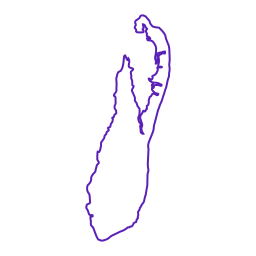 Aniwa, Vanuatu (Mercator projection)
{"feature_id": "77236927B97444346691075", "entity_name": "Aniwa", "entity_type": "district", "adm_level": 2, "iso_a3": "VUT", "parent_name": "Vanuatu", "parent_adm1": "", "projection": "mercator", "projection_center": [169.604, -19.244], "detail": "fine", "context": "isolated", "style": "outline", "palette": "violet", "viewbox_px": 256, "rotation_deg": 0, "n_neighbors": 0, "source": "geoboundaries", "source_scale": "gbopen_adm2", "svg_char_len": 4810}
<svg xmlns="http://www.w3.org/2000/svg" viewBox="0 0 256 256"><path d="M139.5,108.7L137.8,106.4L137.4,105.8L136.6,103.1L134.9,100.8L134.9,97.6L133.3,93.8L132.0,91.0L131.9,90.3L132.0,89.7L133.2,87.5L133.6,86.1L132.5,85.3L132.3,84.5L132.2,80.9L132.0,80.1L131.2,78.3L131.3,75.7L130.8,72.9L131.0,71.6L132.9,69.8L133.1,68.9L132.8,68.6L129.7,67.5L129.2,67.1L128.8,66.3L128.7,65.9L129.3,61.4L129.1,59.8L128.2,58.2L128.1,58.3L128.1,59.1L127.8,59.8L127.6,60.0L127.2,59.8L126.7,59.0L125.3,55.7L125.0,55.4L124.5,55.7L124.1,56.4L123.3,63.8L122.4,67.7L121.0,70.5L120.4,71.0L118.7,71.9L118.1,72.4L117.5,73.7L116.3,78.4L116.6,84.9L116.4,87.9L116.5,90.6L115.9,92.1L114.0,94.7L114.0,95.7L114.2,96.1L115.1,96.5L115.5,97.4L115.6,101.4L115.6,103.7L114.7,105.7L114.5,107.5L114.8,108.5L116.1,110.7L116.3,113.1L115.8,113.8L114.5,114.7L113.6,117.3L113.2,117.5L112.5,117.5L112.3,117.8L112.3,118.3L112.9,119.1L112.5,121.1L112.4,121.8L110.9,123.9L110.3,126.6L109.8,127.1L108.3,127.6L107.9,128.1L108.7,129.7L108.7,130.4L106.6,132.2L106.2,134.2L105.1,135.1L104.7,135.6L104.1,138.3L101.1,142.5L101.0,145.9L100.1,150.1L99.2,151.9L98.8,152.0L97.7,151.7L97.5,152.5L97.3,156.0L97.3,159.6L98.7,162.1L98.8,163.0L96.9,165.1L95.7,169.5L95.3,171.7L93.4,173.7L91.7,176.1L91.2,177.6L91.1,180.0L90.7,181.3L89.7,183.2L87.9,185.0L87.3,186.2L87.2,187.3L87.1,189.3L87.5,191.1L88.1,192.5L89.1,193.8L89.6,195.5L90.1,201.9L89.9,202.9L89.5,203.4L87.4,204.3L86.7,205.0L86.3,207.2L86.3,207.9L87.9,210.7L89.0,214.2L90.2,215.2L92.1,215.0L92.6,215.4L92.7,216.1L91.8,216.7L90.4,217.1L90.4,218.4L90.9,221.1L90.8,223.0L90.9,224.8L91.5,225.8L93.2,227.6L94.5,231.1L96.3,235.9L97.8,238.9L98.8,239.7L101.3,240.6L102.3,240.6L103.6,240.4L106.5,239.4L108.0,238.6L111.4,235.9L116.4,233.5L119.6,231.9L123.6,230.3L125.9,228.9L128.0,227.3L129.5,227.3L130.1,226.6L131.7,226.4L132.6,225.4L133.7,223.3L134.3,222.7L136.1,222.0L136.3,221.6L136.4,220.8L136.7,219.5L137.8,218.4L137.7,217.3L138.3,215.1L138.0,211.9L139.4,210.0L139.9,208.0L141.2,206.0L141.6,204.9L143.4,202.6L144.0,201.3L145.0,196.6L145.6,195.2L147.3,185.2L147.5,175.6L147.7,173.3L148.4,170.9L148.3,168.9L147.9,166.7L147.8,163.8L148.5,149.2L148.1,145.9L148.2,144.7L148.8,142.2L153.0,131.7L153.6,129.2L154.0,125.4L155.0,121.9L157.8,111.0L158.4,109.2L159.3,107.0L159.8,105.2L161.9,100.5L163.0,96.8L164.3,93.0L165.1,90.1L166.2,87.3L167.5,81.1L168.3,78.2L168.9,76.8L169.1,73.5L169.6,70.0L169.6,68.0L169.2,64.8L169.7,59.6L169.3,49.1L168.9,46.1L166.0,38.7L165.3,35.4L163.9,33.0L162.3,31.0L159.3,27.9L158.7,27.6L156.3,27.4L156.1,27.4L153.1,26.6L152.3,26.2L150.9,24.3L150.4,23.8L149.3,20.7L145.6,16.4L143.3,15.4L141.9,15.4L140.7,15.8L140.1,16.6L139.6,17.8L139.0,18.4L135.8,20.6L135.2,21.7L135.2,23.0L135.7,24.2L135.8,25.1L134.8,27.0L134.8,28.0L135.8,29.2L136.2,30.1L136.3,30.8L136.1,31.5L137.1,32.3L140.2,32.4L143.0,32.3L143.5,32.0L143.6,31.7L143.5,30.5L142.6,29.6L142.6,29.2L143.3,28.7L143.5,28.0L142.9,24.3L143.3,24.3L144.3,24.8L144.9,25.4L145.8,27.4L147.1,28.8L147.0,29.2L146.3,29.8L146.0,30.7L146.0,31.7L147.0,33.9L146.7,35.7L147.2,36.2L149.3,37.2L150.0,38.1L150.2,38.7L149.9,39.0L149.0,38.9L147.1,38.1L146.9,38.3L146.9,38.5L147.4,39.2L147.6,40.1L147.8,40.3L150.0,40.4L151.5,40.8L152.8,41.5L154.8,44.3L155.7,46.3L156.1,48.4L156.1,50.5L155.8,53.7L155.1,57.2L155.2,59.0L155.9,60.8L155.8,63.6L156.2,63.6L156.5,63.3L156.9,62.7L157.4,61.4L157.5,54.1L157.6,53.4L159.3,52.7L162.0,52.3L162.8,51.9L164.8,51.5L165.0,51.9L164.9,53.4L164.4,53.5L162.6,53.1L161.5,53.9L159.5,54.9L158.5,56.2L158.6,57.6L159.0,59.9L159.1,61.2L158.5,64.4L158.1,65.3L158.1,66.2L158.6,66.6L161.3,66.7L161.8,66.9L161.8,67.2L161.4,67.4L157.4,67.6L157.3,68.0L157.7,69.2L157.8,70.2L157.3,71.3L156.7,72.7L155.6,74.1L154.9,74.8L152.6,76.0L152.3,76.3L152.6,77.5L152.6,78.2L152.0,79.2L151.5,79.6L150.8,79.5L149.2,78.5L148.8,78.6L148.8,79.2L149.0,79.8L150.0,81.0L151.3,81.8L151.8,82.1L153.4,82.6L156.7,82.8L158.0,83.1L158.7,83.3L159.9,84.1L161.4,84.6L161.6,84.9L161.4,85.7L160.8,85.8L158.1,85.0L155.8,85.0L155.0,85.1L153.9,85.8L153.8,87.4L153.6,87.8L153.4,87.9L152.4,87.4L152.2,87.5L152.1,88.2L152.0,88.5L152.0,89.5L152.5,90.5L154.7,92.7L155.9,93.3L158.2,93.8L158.2,94.4L157.8,95.0L156.9,95.2L154.2,93.7L153.2,93.6L152.3,94.0L151.1,96.1L150.0,96.8L149.7,97.2L148.7,100.5L148.8,102.6L148.3,104.8L146.8,106.0L146.8,107.1L147.0,108.8L146.1,109.4L145.6,110.8L145.0,111.4L144.3,111.5L143.9,110.9L143.2,110.9L142.0,113.5L140.5,115.6L140.2,116.6L140.3,118.6L142.2,124.4L142.1,126.1L141.4,127.9L141.5,129.6L142.0,131.6L143.3,133.7L142.6,133.8L141.6,133.0L141.0,132.7L140.8,132.3L140.2,126.1L140.4,125.2L141.1,124.8L141.1,124.3L139.2,122.1L138.8,121.0L138.2,118.6L138.4,117.0L139.0,115.9L139.5,113.9L139.6,110.9L139.5,108.7ZM151.9,84.9L151.8,85.7L151.9,85.8L152.7,85.8L153.2,85.2L153.2,84.6L152.8,84.2L152.4,84.2L151.9,84.9Z" fill="none" stroke="#5b21b6" stroke-width="2"/></svg>